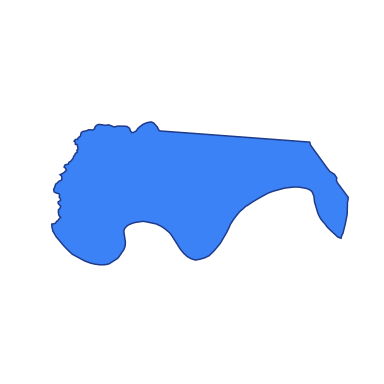 outline of Palestina do Pará, Pará, Brazil, rotated 69°
{"feature_id": "56859067B39725810358642", "entity_name": "Palestina do Pará", "entity_type": "district", "adm_level": 2, "iso_a3": "BRA", "parent_name": "Brazil", "parent_adm1": "Pará", "projection": "robinson", "projection_center": [-48.372, -5.911], "detail": "fine", "context": "isolated", "style": "filled", "palette": "blue", "viewbox_px": 384, "rotation_deg": 69, "n_neighbors": 0, "source": "geoboundaries", "source_scale": "gbopen_adm2", "svg_char_len": 2387}
<svg xmlns="http://www.w3.org/2000/svg" viewBox="0 0 384 384"><g transform="rotate(69 192 192)"><path d="M96.9,265.9L97.0,268.7L96.4,272.6L97.0,274.3L99.9,276.2L100.5,278.6L101.8,280.1L101.2,282.0L102.3,283.9L103.8,283.1L105.8,283.8L106.6,282.1L111.0,283.0L111.9,284.6L113.9,284.9L114.1,286.8L115.5,288.4L116.6,290.0L117.9,290.8L120.0,294.5L120.2,296.3L121.7,297.6L121.1,300.6L122.8,302.5L124.5,301.6L126.6,301.4L128.1,304.9L128.6,309.0L130.5,308.0L134.0,309.2L134.4,312.8L135.3,314.5L135.8,316.5L138.4,318.5L139.9,320.2L142.4,320.7L144.1,319.3L145.9,316.9L147.4,316.7L149.0,317.8L151.3,317.3L152.8,317.8L153.3,320.6L154.8,321.0L158.5,319.7L159.9,321.2L160.8,323.1L163.3,324.1L165.5,324.6L167.1,324.4L168.6,323.6L169.2,325.2L170.4,327.0L170.9,329.0L172.2,330.5L172.1,332.7L171.7,334.4L174.3,335.3L178.7,335.9L185.3,334.8L187.1,334.1L195.5,331.3L202.0,328.6L207.3,326.0L216.5,318.1L217.8,317.0L221.8,312.5L224.5,308.6L226.7,304.6L228.4,300.3L229.1,297.4L229.3,295.0L227.4,285.5L226.5,283.7L221.2,276.1L219.3,274.4L217.8,273.4L214.8,272.1L204.5,269.8L202.9,268.9L201.6,267.4L200.4,264.8L199.9,262.9L199.8,258.4L200.2,255.3L201.8,248.3L202.8,246.4L208.9,237.0L212.8,233.2L216.6,230.5L222.0,227.5L224.7,226.7L234.0,224.8L241.2,223.4L246.0,221.8L250.5,219.6L253.6,217.1L256.8,213.2L257.6,208.6L258.0,203.7L257.6,198.9L256.3,195.8L255.6,194.1L254.6,192.0L252.0,187.4L250.7,185.0L249.3,183.0L241.7,173.6L238.2,169.9L235.9,167.7L231.9,162.2L228.4,156.3L227.5,154.6L225.3,148.7L224.6,147.1L224.4,145.2L222.8,138.0L222.0,133.5L220.4,122.4L220.3,118.1L220.4,115.6L221.6,103.8L223.8,95.4L225.6,90.7L229.4,84.3L231.2,82.2L233.3,80.5L235.0,79.8L239.6,79.7L245.4,81.2L257.3,82.1L260.8,81.8L263.0,81.5L266.4,80.5L268.8,79.5L272.8,78.4L274.4,77.8L276.9,76.6L278.4,75.9L286.5,71.9L288.6,69.4L286.7,68.1L284.4,65.7L276.7,60.3L274.8,59.1L268.4,55.1L257.5,50.6L255.1,49.1L252.9,48.1L235.6,52.9L233.2,53.1L230.6,51.8L226.5,52.7L222.2,56.0L217.2,57.5L192.4,64.1L190.5,64.5L187.6,64.2L140.0,165.0L126.0,194.7L123.5,200.1L121.7,201.0L119.1,201.0L113.7,203.1L111.9,205.1L111.3,208.0L111.1,210.8L111.3,213.6L112.7,218.4L113.5,220.2L114.9,221.9L115.4,224.7L115.1,226.8L113.1,227.5L110.1,227.5L107.7,229.0L106.5,231.1L103.8,237.8L103.4,241.4L99.4,245.7L98.7,249.0L97.2,251.6L95.9,253.8L95.4,255.5L95.6,257.5L96.5,259.2L98.1,260.3L98.5,262.5L96.9,265.9Z" fill="#3b82f6" stroke="#1e3a8a" stroke-width="1.5"/></g></svg>